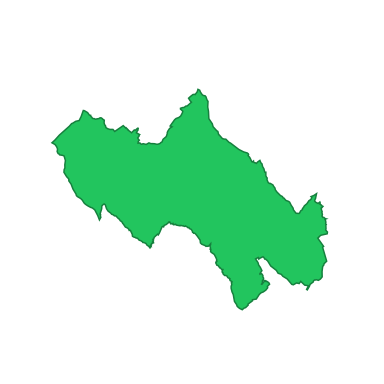 the district of Danicei, Vâlcea, Romania, rotated 105°
{"feature_id": "2599482B8342950914152", "entity_name": "Danicei", "entity_type": "district", "adm_level": 2, "iso_a3": "ROU", "parent_name": "Romania", "parent_adm1": "Vâlcea", "projection": "robinson", "projection_center": [24.445, 44.911], "detail": "fine", "context": "isolated", "style": "filled", "palette": "green", "viewbox_px": 384, "rotation_deg": 105, "n_neighbors": 0, "source": "geoboundaries", "source_scale": "gbopen_adm2", "svg_char_len": 6043}
<svg xmlns="http://www.w3.org/2000/svg" viewBox="0 0 384 384"><g transform="rotate(105 192 192)"><path d="M180.7,340.0L181.6,336.6L183.3,334.5L185.2,333.0L187.9,332.7L189.5,331.3L189.6,330.4L190.4,329.5L190.1,326.6L190.3,324.9L194.4,322.4L198.6,321.9L201.6,321.0L203.4,321.3L206.1,320.8L209.7,317.0L211.1,314.7L212.2,314.0L213.1,313.9L215.7,310.8L220.0,307.7L223.9,303.6L225.4,302.7L226.1,301.5L227.1,297.9L228.2,295.9L230.6,293.3L231.4,291.8L232.3,289.2L233.1,285.9L233.2,284.1L234.4,281.3L239.2,276.9L242.9,274.2L240.0,273.5L239.0,274.2L237.4,274.5L237.2,275.1L231.6,274.9L228.8,275.5L226.7,274.3L226.3,273.5L226.9,272.4L230.3,270.2L232.2,268.1L233.3,265.3L234.3,263.8L234.4,262.1L235.1,260.8L234.8,259.3L236.7,256.3L236.9,255.5L238.4,253.7L238.7,252.6L239.3,251.6L240.3,250.8L240.6,250.2L243.1,247.3L243.5,244.9L244.3,243.5L245.4,242.7L245.0,241.9L245.1,241.5L248.3,238.8L250.2,238.0L250.6,236.4L250.6,235.0L250.9,234.3L250.8,232.6L252.2,230.6L252.3,228.8L252.9,227.0L253.5,226.4L253.3,225.2L253.6,223.2L255.0,221.7L255.6,219.8L256.9,218.1L256.3,217.9L255.0,218.2L255.1,217.4L254.4,217.8L253.8,217.5L253.8,218.0L252.3,217.7L251.8,217.4L251.6,216.7L250.9,216.9L250.8,216.1L250.0,216.5L249.7,217.2L248.3,216.7L247.9,217.5L246.7,216.8L245.6,216.8L241.7,214.4L242.2,213.5L240.2,212.9L233.4,211.9L232.8,211.2L233.0,210.4L231.4,210.2L230.2,208.6L228.2,207.1L226.9,206.6L226.7,206.0L226.7,205.7L227.4,205.5L227.5,204.8L228.3,204.2L227.3,202.2L228.2,202.0L228.4,201.5L228.1,200.5L227.7,200.1L227.8,199.7L227.4,199.4L228.0,198.5L227.8,195.4L227.5,195.1L227.7,194.7L227.1,194.1L227.2,192.5L226.8,191.8L227.2,190.8L227.1,190.1L226.4,189.4L226.8,188.7L226.9,187.7L227.5,186.8L227.1,185.7L228.0,185.1L228.3,183.1L229.5,181.7L230.8,181.0L230.9,180.4L231.4,179.7L231.1,179.0L231.4,178.0L232.9,175.9L236.4,171.7L239.0,170.7L239.9,169.1L240.4,165.4L240.9,164.4L240.4,163.5L240.4,162.6L239.7,161.8L237.1,160.6L238.0,160.4L239.5,160.7L240.9,159.8L242.6,159.6L242.5,159.0L244.7,158.6L245.3,157.8L246.5,154.4L249.3,151.8L251.3,150.4L252.1,150.5L252.5,150.0L253.3,150.3L253.4,150.7L254.3,150.7L256.3,149.0L256.3,147.7L258.1,145.6L257.8,145.2L259.1,143.4L259.1,142.7L258.5,141.6L259.8,142.5L260.7,142.4L261.8,141.9L261.8,141.3L262.7,141.0L263.3,140.5L264.2,138.8L263.9,137.9L264.1,136.5L265.3,135.4L265.7,134.4L265.6,133.7L265.9,132.9L266.9,132.9L267.8,132.0L268.0,130.7L268.5,130.0L269.2,130.5L271.2,129.6L272.8,129.8L274.8,129.3L278.1,127.5L280.4,125.6L286.8,122.6L289.1,119.9L290.8,118.7L292.1,116.0L292.7,113.0L290.7,111.7L289.8,110.3L286.8,108.5L285.8,108.9L281.4,105.4L280.4,105.7L278.8,102.2L273.5,100.5L271.4,99.1L270.2,97.4L267.7,95.3L264.9,94.1L263.7,94.8L261.0,93.2L260.0,94.0L259.4,95.1L258.8,97.0L259.1,97.2L258.7,98.0L259.2,98.2L258.8,99.3L259.7,99.1L263.1,100.6L263.0,101.0L261.2,100.5L259.8,101.0L257.4,100.4L256.6,100.6L255.8,101.5L254.3,101.9L253.1,103.2L252.9,103.9L253.8,105.1L253.4,105.3L249.9,104.1L247.0,106.6L245.4,108.6L243.1,110.0L240.2,113.3L238.1,111.1L239.5,110.1L238.4,109.3L236.2,106.7L236.6,105.7L238.0,104.3L237.8,103.5L239.0,101.1L243.1,96.8L245.9,90.2L248.2,87.8L248.4,84.5L249.9,82.4L251.3,77.6L255.4,71.7L255.4,70.1L252.8,67.5L252.7,64.8L250.2,63.8L252.8,59.0L252.4,55.2L256.4,56.1L256.7,55.3L252.8,54.2L250.6,54.0L247.5,51.6L246.3,51.6L245.2,50.8L245.1,50.0L244.6,49.4L244.6,47.0L242.8,45.4L240.3,44.3L235.2,45.8L230.1,46.5L228.5,45.8L227.1,45.9L224.0,44.0L211.5,51.6L210.5,50.8L204.0,58.6L202.8,57.7L202.3,57.7L200.4,56.3L197.4,50.6L195.6,50.8L194.1,53.1L193.0,53.0L189.2,54.2L188.7,53.9L188.1,54.7L186.5,54.9L184.5,55.9L184.2,56.5L183.8,56.5L183.2,55.6L183.2,56.5L182.4,58.1L182.7,59.0L181.6,60.2L180.0,60.2L178.1,61.3L177.5,61.1L174.8,62.9L173.9,63.0L174.0,62.7L172.0,61.8L171.9,62.6L171.1,63.6L170.8,65.1L169.3,65.4L168.6,65.9L170.4,67.2L169.9,69.8L169.1,71.1L167.7,71.3L166.5,71.0L161.4,71.3L163.8,73.4L165.6,75.8L166.1,74.9L168.4,75.2L170.1,76.8L173.6,78.0L176.3,79.9L177.7,80.2L179.5,81.0L180.4,80.8L182.2,82.2L184.7,82.7L185.0,83.0L185.6,86.0L183.0,89.4L181.4,90.2L179.1,92.8L176.6,95.0L176.1,96.2L175.8,99.2L174.1,101.6L174.1,102.4L173.0,103.5L172.5,105.7L170.0,110.0L168.3,112.1L166.7,112.9L165.4,114.6L164.2,115.7L163.4,118.7L163.7,119.3L163.2,120.8L160.8,122.7L159.0,123.0L158.3,124.0L157.1,124.9L153.8,125.8L154.1,126.6L153.9,126.9L150.9,128.6L149.3,130.3L146.7,131.7L145.9,133.1L143.9,134.6L145.8,136.2L147.7,137.3L147.4,138.6L147.6,139.4L146.9,140.3L146.2,140.6L147.3,141.3L147.3,142.0L143.6,145.2L142.4,147.2L141.0,147.1L140.5,147.6L140.0,148.7L139.9,152.5L138.8,157.7L134.8,167.4L134.4,169.2L132.2,173.0L132.6,174.8L132.5,176.5L129.8,180.5L129.7,181.1L126.8,182.7L126.4,184.0L123.5,188.5L120.8,190.1L116.8,194.7L109.7,197.0L105.9,198.8L100.3,200.0L99.1,201.4L96.4,203.2L95.7,204.2L95.8,206.1L95.4,207.3L93.2,209.8L91.7,210.9L91.3,212.8L93.9,212.9L97.1,214.2L97.0,214.9L97.6,216.3L100.1,218.2L102.3,219.6L104.3,217.5L105.4,215.8L110.1,218.9L110.7,220.3L112.4,221.5L112.8,222.8L114.1,224.8L114.9,224.6L116.3,221.8L118.2,221.8L121.6,222.6L123.5,224.1L125.1,226.4L126.7,227.5L133.9,230.2L134.2,228.2L136.4,230.1L139.5,231.1L140.9,231.3L142.0,231.0L145.1,231.2L148.6,233.6L151.4,233.9L152.2,234.8L153.3,235.4L154.5,237.0L155.0,238.3L155.1,241.0L155.9,244.3L155.7,246.3L157.9,248.6L158.0,251.7L158.9,253.0L158.8,253.8L158.1,255.1L158.8,256.7L157.1,257.0L155.6,256.3L154.6,257.8L153.7,258.4L151.6,257.6L150.8,257.8L150.1,257.4L149.2,261.0L147.3,260.7L146.3,260.2L145.6,260.4L144.7,260.3L144.3,260.7L144.5,261.1L147.1,262.8L147.0,263.8L150.4,265.7L148.6,270.0L148.4,269.9L147.0,272.3L147.4,272.5L145.7,275.6L153.5,282.3L152.0,284.6L152.8,287.4L152.7,289.7L152.1,291.8L150.4,292.7L149.9,293.5L148.7,294.4L147.7,294.9L145.4,295.3L144.9,296.2L144.9,297.0L144.3,297.7L143.9,298.8L144.1,300.0L145.0,300.7L146.7,304.2L146.4,305.4L146.7,306.7L146.4,307.5L145.8,308.0L145.3,309.0L144.8,309.6L144.2,309.7L144.3,311.0L142.3,313.4L141.3,317.0L141.4,318.1L147.8,318.6L152.2,319.5L153.8,322.6L156.3,324.9L157.1,326.0L160.2,327.5L171.3,334.8L177.2,337.8L180.7,340.0Z" fill="#22c55e" stroke="#15803d" stroke-width="1.5"/></g></svg>